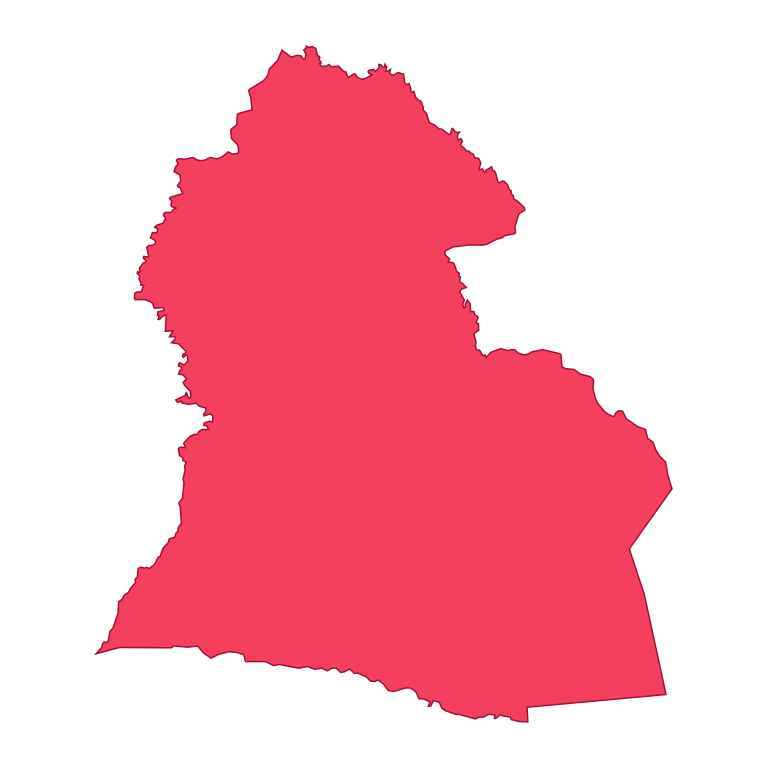 Mwingi West, Eastern, Kenya
{"feature_id": "3690345B22198940380299", "entity_name": "Mwingi West", "entity_type": "district", "adm_level": 2, "iso_a3": "KEN", "parent_name": "Kenya", "parent_adm1": "Eastern", "projection": "albers", "projection_center": [37.946, -0.954], "detail": "fine", "context": "isolated", "style": "filled", "palette": "rose", "viewbox_px": 768, "rotation_deg": 0, "n_neighbors": 0, "source": "geoboundaries", "source_scale": "gbopen_adm2", "svg_char_len": 6058}
<svg xmlns="http://www.w3.org/2000/svg" viewBox="0 0 768 768"><path d="M176.4,160.1L178.0,163.8L175.7,166.8L174.0,171.6L180.0,175.0L180.7,181.0L177.5,185.6L178.1,187.1L180.0,187.5L182.8,193.6L170.3,197.2L169.5,198.7L171.6,200.6L171.0,205.3L172.0,206.7L176.0,208.1L173.0,209.8L171.4,212.4L165.4,212.5L164.0,213.4L163.4,215.3L165.8,218.2L162.8,223.3L157.1,225.1L154.5,227.2L157.6,228.6L157.1,232.8L152.4,232.6L150.5,237.9L154.5,240.1L155.7,241.6L155.3,243.6L152.3,245.4L148.9,245.5L146.7,247.3L148.6,256.1L147.4,257.0L143.8,256.4L143.2,258.0L146.2,260.8L145.4,262.2L142.8,263.3L139.8,267.6L139.4,270.0L140.4,271.3L139.5,272.4L137.5,271.8L137.1,273.1L139.8,276.0L139.0,278.8L141.0,283.1L140.7,285.1L143.8,285.3L141.2,291.8L136.4,292.2L135.0,293.2L134.4,297.9L135.2,299.7L144.7,299.6L150.4,301.7L152.8,303.5L153.9,307.7L155.8,308.3L162.3,307.6L163.9,308.2L163.9,310.5L158.1,311.8L157.4,315.1L158.8,315.8L158.8,317.6L158.1,319.3L159.5,319.5L162.7,316.1L166.3,315.0L165.3,331.3L172.9,330.8L169.5,336.8L174.5,336.6L175.5,337.4L175.0,339.2L171.4,342.7L178.5,343.8L185.8,351.2L186.0,352.6L182.8,354.5L182.5,356.4L183.6,357.4L186.0,354.9L187.2,355.8L188.0,360.8L184.3,365.0L179.7,362.8L178.6,364.2L178.5,366.0L181.7,367.2L181.8,368.5L179.6,370.8L178.6,373.9L183.6,375.3L186.5,379.0L183.1,382.2L184.5,385.2L190.5,391.4L190.8,397.5L189.5,398.4L188.2,397.3L186.5,392.7L185.5,393.4L185.5,395.3L175.8,399.9L176.7,401.5L178.2,402.3L181.6,401.2L182.1,403.1L188.9,404.3L196.3,403.2L199.2,406.2L206.0,408.1L205.5,411.8L203.6,414.2L204.1,415.9L209.6,414.1L211.4,414.7L212.8,416.2L212.7,421.9L209.2,421.3L204.2,423.0L203.8,425.4L206.5,425.7L208.9,429.4L201.9,429.5L198.8,431.6L197.8,434.3L193.3,434.5L192.6,435.6L190.6,435.9L184.2,442.5L183.7,443.6L185.1,446.1L184.9,447.7L181.2,447.1L179.3,447.6L178.4,449.1L179.5,455.5L182.7,457.8L183.0,460.5L186.1,462.1L184.6,466.3L185.1,470.0L183.0,479.0L184.0,482.8L182.5,498.3L178.7,503.1L180.3,507.3L181.4,523.2L178.3,527.4L178.1,531.3L175.9,533.2L175.1,536.3L174.1,537.6L169.3,538.8L168.2,542.7L163.0,548.2L160.2,556.3L158.2,557.2L154.7,564.3L149.3,568.5L146.4,567.3L144.8,568.1L140.8,567.2L138.2,568.4L137.4,576.9L135.0,579.4L135.5,582.5L130.5,588.3L128.5,592.3L124.3,595.1L122.0,599.5L118.7,601.7L118.0,613.5L112.9,628.4L109.9,631.3L108.3,641.0L107.0,642.4L104.0,642.1L102.6,643.8L101.8,647.4L96.0,653.8L119.3,647.5L168.9,647.8L171.4,647.7L173.9,645.9L187.5,647.2L197.6,646.0L203.5,653.0L211.1,658.2L218.7,654.3L228.9,651.7L237.0,652.5L243.8,654.7L245.5,661.6L265.7,661.6L273.6,665.6L279.4,664.5L298.8,668.2L307.6,666.5L314.7,669.3L321.6,668.2L327.2,670.8L332.1,668.2L336.3,668.1L340.4,672.4L344.2,671.9L349.7,668.9L354.2,673.3L357.7,673.1L366.4,676.9L370.4,681.1L375.2,681.5L377.7,679.9L383.5,684.0L388.2,690.5L393.6,691.4L405.6,688.0L409.9,688.0L414.0,690.1L416.2,692.5L419.1,698.9L423.6,699.0L429.9,701.7L428.3,706.3L430.8,706.0L433.4,700.7L435.8,701.1L439.4,702.5L441.8,708.2L445.0,710.5L456.3,714.5L458.2,714.1L475.6,718.9L478.5,717.3L483.6,717.0L488.9,714.3L494.9,714.8L494.4,718.4L495.6,718.5L500.9,714.5L501.9,715.7L510.3,717.1L511.2,719.6L519.4,721.6L527.9,721.9L527.0,707.2L666.0,694.5L644.2,594.2L629.3,548.9L672.0,488.8L667.6,474.3L665.6,462.1L659.9,456.4L655.7,449.8L653.0,442.2L647.7,438.4L645.4,429.4L637.4,426.5L626.3,418.7L622.5,411.1L618.2,410.9L615.5,413.2L614.2,416.2L612.8,416.3L607.8,414.1L604.0,411.1L597.6,403.2L595.2,398.0L593.0,388.9L593.6,380.3L592.9,378.9L590.2,376.7L580.0,373.9L574.0,369.5L565.5,368.6L562.0,367.0L561.1,355.1L560.0,353.7L542.6,349.7L532.3,351.7L527.8,354.2L523.4,354.9L517.8,352.8L515.0,349.9L511.4,349.6L508.1,350.6L500.9,348.6L491.2,352.1L486.1,357.4L485.1,354.9L483.4,355.6L482.1,354.5L479.7,350.3L476.4,349.6L475.5,346.2L475.9,341.6L474.0,335.0L474.1,333.6L478.8,330.2L478.4,323.6L476.6,323.3L476.2,321.8L478.2,317.8L477.7,316.5L474.8,314.9L473.8,311.4L470.6,311.7L470.2,304.0L467.5,300.1L465.2,304.2L465.4,307.3L464.0,307.9L462.6,304.2L464.4,300.2L459.6,291.7L461.6,289.0L466.3,287.5L462.4,283.2L460.4,282.7L459.6,280.6L460.4,277.1L458.8,276.1L459.3,273.3L456.7,271.3L454.2,263.9L452.8,262.6L448.0,261.9L449.6,258.8L445.2,255.1L444.8,252.3L445.4,250.9L452.9,246.9L469.0,245.0L482.7,245.1L486.8,244.2L497.0,239.1L501.6,237.9L505.3,235.4L513.3,234.1L515.5,232.9L515.0,226.7L518.4,215.2L519.6,213.3L524.8,210.1L524.5,207.7L516.8,200.6L513.8,199.2L513.2,195.5L511.1,193.5L511.1,190.7L509.4,189.9L507.6,184.9L504.2,181.3L502.2,181.1L499.5,182.7L497.9,182.1L495.8,173.5L494.4,170.9L492.8,170.7L491.6,166.8L485.9,170.4L485.7,172.1L484.3,171.9L482.5,168.9L479.7,169.8L479.2,168.4L480.8,163.0L479.0,159.0L478.1,158.1L475.1,158.2L473.1,154.0L469.8,152.6L469.3,151.3L466.4,150.9L463.5,147.2L462.3,147.2L460.5,144.2L462.5,141.4L460.8,138.6L458.5,140.0L457.6,139.3L457.4,134.8L459.5,132.2L455.5,132.2L452.6,128.4L451.6,129.1L450.6,133.9L449.0,134.6L441.8,129.2L438.9,128.9L435.2,125.4L429.2,122.5L426.5,113.4L423.1,109.9L423.3,107.3L421.0,101.3L417.8,99.6L415.6,97.0L413.9,91.3L411.5,92.5L410.4,91.4L411.1,89.7L409.1,83.6L406.3,84.6L404.8,83.3L403.6,74.1L397.8,72.5L393.8,75.1L392.4,75.0L389.7,73.6L390.5,69.4L387.3,71.2L385.3,71.0L386.8,67.2L385.0,64.3L384.5,67.1L382.8,67.0L380.8,64.7L378.8,64.5L379.0,67.5L376.2,71.1L374.9,71.0L373.9,69.5L368.8,70.3L368.1,71.6L368.8,73.1L372.0,74.8L366.0,78.3L361.5,79.3L357.3,77.3L355.4,74.1L353.9,73.8L348.7,77.4L346.8,75.1L346.0,72.0L344.0,71.7L338.6,66.2L331.2,66.7L328.9,64.5L326.3,66.3L321.3,66.3L319.4,63.5L321.3,62.9L318.7,58.8L320.0,57.6L318.9,56.1L317.6,56.0L315.8,48.6L312.2,46.6L309.0,47.5L306.3,46.1L306.0,48.2L303.7,50.1L306.0,54.2L304.9,59.4L303.4,59.1L301.2,56.0L299.3,55.5L297.1,55.3L291.2,57.2L282.0,50.2L277.4,60.7L269.4,69.0L267.8,75.2L265.8,78.2L263.2,80.9L249.5,89.4L248.6,91.0L250.8,97.5L252.0,109.8L238.4,113.5L237.2,114.7L236.9,123.5L236.1,125.3L231.1,129.3L230.8,130.7L231.4,138.4L237.2,144.3L238.5,147.8L238.4,153.2L232.5,154.2L228.2,151.9L222.1,156.9L217.2,158.8L210.0,157.5L205.5,159.9L201.8,160.6L197.6,160.3L193.7,157.8L192.0,157.7L184.9,159.2L178.6,158.7L176.4,160.1Z" fill="#f43f5e" stroke="#9f1239" stroke-width="1.5"/></svg>